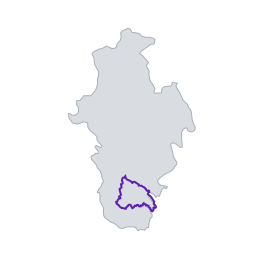 where Južno-Backi sits in Republic of Serbia, rotated 211°
{"feature_id": "SRB-1059", "entity_name": "Južno-Backi", "entity_type": "District", "adm_level": 1, "iso_a3": "SRB", "parent_name": "Republic of Serbia", "parent_adm1": "", "projection": "albers", "projection_center": [19.57, 45.457], "detail": "fine", "context": "in_parent", "style": "outline", "palette": "violet", "viewbox_px": 256, "rotation_deg": 211, "n_neighbors": 0, "source": "natural_earth", "source_scale": "10m", "svg_char_len": 6462}
<svg xmlns="http://www.w3.org/2000/svg" viewBox="0 0 256 256"><g transform="rotate(211 128 128)"><path d="M141.0,99.2L146.3,100.8L148.8,102.3L150.1,104.4L153.6,105.6L159.1,106.2L163.0,108.2L165.3,111.7L168.8,110.7L173.6,105.2L178.3,103.7L183.2,106.0L185.8,108.0L186.3,109.7L185.2,110.4L182.6,110.2L180.5,111.2L178.8,113.6L178.7,116.1L180.0,118.7L181.7,120.5L183.9,121.4L185.2,122.8L185.4,124.5L186.0,125.0L184.7,125.8L183.4,127.1L182.8,129.2L182.7,132.6L178.5,135.4L177.0,135.9L176.3,137.7L175.4,142.7L175.6,146.4L176.3,148.3L176.6,149.8L178.0,151.7L179.4,154.5L180.4,158.3L182.3,161.2L187.2,164.0L189.6,165.6L191.5,167.9L192.9,170.1L197.0,172.9L196.8,175.0L196.0,177.1L195.1,178.1L193.3,180.9L191.4,182.5L188.4,187.3L183.4,187.7L182.3,188.1L180.4,189.5L179.6,191.8L180.5,193.7L180.5,195.6L179.7,199.3L181.1,203.2L182.9,205.0L183.2,206.0L183.0,207.9L180.5,211.7L179.7,213.1L177.1,213.9L176.2,213.6L174.8,212.4L173.5,212.0L170.4,213.6L167.2,214.7L164.6,214.0L162.1,214.0L160.4,214.7L159.1,215.0L156.5,216.7L152.4,218.0L150.5,217.8L149.8,216.3L149.0,214.1L149.3,213.1L152.0,211.3L152.3,209.6L155.8,201.6L156.5,199.0L156.5,198.2L155.5,197.6L153.4,197.7L144.1,194.7L144.5,191.0L141.7,189.1L138.8,187.4L138.3,185.4L135.0,181.5L132.6,179.3L129.5,178.2L126.9,176.6L125.3,175.7L124.6,173.8L124.6,172.7L123.8,171.7L122.6,171.8L120.5,173.3L117.9,174.6L117.4,175.6L118.4,177.8L119.1,179.1L118.8,180.5L118.0,182.2L113.0,186.0L112.5,187.3L113.5,189.4L112.9,190.4L108.7,191.8L108.8,190.6L108.5,188.8L106.1,186.9L102.7,185.4L95.1,180.2L92.2,179.5L89.6,178.9L85.9,176.4L84.0,176.0L81.9,174.2L77.3,168.2L73.4,164.9L70.7,163.3L70.0,161.6L69.8,160.0L69.9,159.4L72.0,157.1L73.5,156.7L75.5,156.7L76.8,157.9L78.5,158.1L79.5,156.6L80.0,154.4L79.8,151.6L75.6,145.1L72.1,140.5L71.7,139.5L72.5,138.7L73.7,138.2L75.0,138.6L78.5,139.0L81.8,138.5L82.9,137.4L82.9,135.9L81.7,134.6L77.9,130.8L74.9,127.5L71.3,125.0L68.7,124.0L67.9,122.7L67.6,121.3L67.9,118.8L68.1,115.6L68.7,113.6L71.1,109.9L73.4,105.8L74.8,102.0L75.5,98.4L75.3,97.4L74.1,96.6L71.6,95.8L68.2,96.5L65.3,97.8L64.1,97.9L63.7,96.2L64.2,95.5L65.1,95.6L65.9,95.9L66.7,95.2L67.2,93.1L66.0,85.5L68.2,84.9L68.2,83.8L68.4,82.8L70.7,84.1L73.8,84.2L76.6,83.9L77.0,83.2L77.0,82.1L76.4,81.3L75.4,80.6L74.7,79.5L72.9,79.1L67.0,76.3L64.2,73.4L64.3,70.4L65.2,68.7L66.2,68.1L65.9,67.5L62.6,66.1L61.5,64.1L62.4,61.6L60.8,56.5L59.0,53.3L60.8,51.9L61.0,50.0L61.2,48.9L61.9,48.9L64.7,47.6L65.8,46.6L66.4,45.3L67.0,45.0L68.9,46.4L70.9,46.5L73.2,45.7L74.8,44.5L76.8,43.5L77.7,42.9L78.9,41.8L81.2,38.7L83.9,38.0L87.4,38.8L91.2,39.1L94.1,38.4L101.4,39.2L102.9,39.9L103.9,40.7L105.9,43.4L107.7,46.8L110.3,48.4L113.4,50.3L114.9,51.6L117.3,55.8L119.1,57.8L119.7,57.7L120.3,57.1L120.7,56.7L121.2,57.1L121.3,58.3L121.4,61.1L121.0,64.1L121.7,66.9L121.8,67.8L121.3,68.6L121.4,69.3L122.0,70.0L124.5,71.9L126.9,74.7L129.6,76.7L132.1,77.9L133.6,77.9L136.2,80.2L141.3,81.8L142.9,82.3L144.0,83.2L144.9,84.3L145.0,85.5L144.2,86.1L143.1,87.7L142.7,89.7L141.9,90.2L141.1,90.2L140.6,90.8L140.7,91.7L141.4,92.5L142.5,93.2L144.5,93.8L146.5,94.8L146.5,95.7L146.1,96.6L143.6,97.0L141.7,97.2L140.9,97.6L141.0,99.2Z" fill="#d9dde1" stroke="#a8b0b8" stroke-width="1"/><path d="M64.1,71.4L64.0,70.8L64.0,70.0L64.4,68.9L64.7,68.9L64.7,69.0L64.9,69.4L65.0,69.6L65.3,69.6L65.6,69.4L65.8,69.3L66.0,69.4L66.3,69.7L66.6,69.9L66.8,69.9L67.0,69.9L67.2,70.0L67.3,70.0L67.4,70.4L67.4,70.5L67.5,70.6L67.8,70.8L68.1,70.8L68.4,70.8L68.6,70.8L68.7,70.7L68.9,70.6L69.0,70.6L69.8,70.9L69.9,71.0L70.0,71.2L70.1,71.3L70.1,71.5L70.2,71.8L70.3,71.9L70.6,71.8L71.1,71.7L71.5,71.6L71.8,71.5L72.0,71.5L72.3,71.5L72.3,71.4L72.4,71.1L72.5,71.0L72.5,70.9L72.6,70.7L72.8,70.7L72.9,70.8L73.3,71.2L73.4,71.4L73.5,71.5L73.8,71.6L74.1,71.5L74.3,71.5L74.4,71.4L74.6,71.4L74.9,71.5L75.0,71.5L75.3,71.5L75.8,71.7L76.0,71.2L76.0,70.9L75.9,70.8L75.9,70.7L75.7,70.4L75.6,70.2L75.6,69.9L75.6,69.6L75.6,69.3L75.6,69.2L76.1,68.8L76.6,68.6L76.8,68.5L77.0,68.5L77.0,68.0L77.0,67.9L76.9,67.7L76.8,67.2L77.4,67.0L77.7,66.9L77.8,66.9L78.0,66.7L78.3,66.6L78.5,66.6L79.0,66.9L79.1,67.0L79.3,67.2L79.4,67.3L79.5,67.3L79.8,67.2L80.2,67.0L80.3,66.9L80.4,66.7L80.6,66.5L80.7,66.2L80.8,66.2L80.8,65.7L80.9,65.4L81.0,65.3L81.1,65.2L81.3,65.2L81.6,65.2L81.8,65.2L82.0,65.1L82.2,64.9L82.2,64.7L82.3,64.4L82.3,64.1L82.3,63.9L82.2,63.7L82.1,63.4L82.1,63.2L82.2,62.9L82.3,62.8L82.6,62.5L82.6,62.4L82.7,62.1L83.0,61.5L83.5,61.7L83.7,61.9L83.9,62.0L84.2,62.3L84.3,62.3L84.6,62.5L84.9,62.6L85.1,62.7L85.3,62.8L85.9,63.2L86.2,63.4L86.6,63.3L86.8,63.2L87.0,63.1L87.5,62.8L87.7,62.7L87.8,62.6L87.9,62.4L87.9,62.2L87.9,61.7L87.9,61.3L87.9,61.2L88.0,60.9L88.1,60.6L88.2,60.4L88.4,60.2L88.5,59.9L88.5,59.6L88.4,59.6L88.3,59.4L88.5,59.1L88.6,58.8L88.6,58.7L88.6,58.4L88.4,58.1L88.3,57.7L88.8,57.4L89.0,57.3L89.3,57.2L89.6,57.1L89.8,57.1L90.3,57.0L90.5,57.0L90.9,56.9L91.3,56.8L91.4,56.7L91.7,56.4L91.8,56.3L92.3,56.3L92.4,56.2L92.6,56.2L92.9,56.2L93.2,56.2L93.5,56.2L94.0,56.3L94.6,56.4L95.1,56.6L95.4,56.7L95.5,56.7L95.9,57.0L96.1,57.0L96.4,57.1L98.0,57.1L98.6,57.2L98.8,57.3L99.0,57.4L99.1,57.5L99.4,57.8L99.5,58.0L99.9,58.3L100.0,58.5L99.6,58.6L99.3,58.8L99.5,59.8L99.7,60.8L99.6,61.7L99.1,62.9L98.4,63.7L98.4,64.0L99.0,64.2L99.9,64.1L100.3,64.3L100.4,64.8L100.3,65.0L100.0,65.4L99.7,65.9L99.6,66.5L99.7,67.1L100.0,67.5L103.1,70.4L103.8,71.4L102.9,73.6L103.3,74.3L104.4,75.4L105.0,76.1L104.6,76.4L104.4,76.8L104.3,77.3L104.1,77.7L104.6,78.6L106.2,79.9L106.6,81.0L106.8,82.1L106.7,82.8L105.8,83.3L105.7,84.0L105.6,84.7L105.5,85.3L104.8,84.6L103.7,83.7L102.5,83.3L98.6,83.8L97.8,83.7L96.0,83.1L95.6,83.8L95.6,84.0L95.8,84.3L95.8,84.5L95.7,84.6L95.3,84.9L95.2,84.9L95.1,85.0L94.5,85.1L94.4,85.2L94.2,85.2L93.6,85.3L93.4,85.3L93.2,85.2L92.7,85.2L92.2,85.1L91.7,85.1L91.1,85.1L90.6,85.1L90.3,85.1L90.2,85.1L89.9,85.2L89.7,85.1L89.4,84.6L89.1,84.2L88.8,84.5L88.6,84.7L88.4,84.8L87.9,84.8L87.7,84.9L87.5,85.0L87.3,85.1L86.7,85.4L84.8,85.3L84.4,85.3L84.1,85.4L83.7,85.5L83.1,85.4L82.7,85.2L82.3,85.1L82.2,85.1L81.8,85.1L81.7,85.1L81.2,84.8L81.2,84.7L80.8,84.6L80.7,84.6L80.4,84.3L79.6,84.2L79.4,84.1L79.1,83.9L78.9,83.9L78.7,84.0L78.5,84.3L78.2,84.9L78.1,85.0L77.9,85.1L77.7,85.1L77.5,84.9L77.4,84.8L77.3,84.7L77.2,84.6L77.0,84.3L76.8,84.0L77.1,83.6L77.2,82.5L76.9,81.6L76.3,81.3L73.4,81.0L72.4,80.7L70.4,79.7L69.2,79.1L67.4,78.1L67.2,77.1L67.1,76.7L66.7,76.2L66.2,76.0L65.8,75.9L65.0,75.9L64.5,75.5L64.3,75.3L63.9,75.1L63.3,74.7L63.3,73.8L64.0,73.4L64.8,73.3L65.1,72.7L64.6,71.9L64.1,71.4Z" fill="none" stroke="#5b21b6" stroke-width="2"/></g></svg>